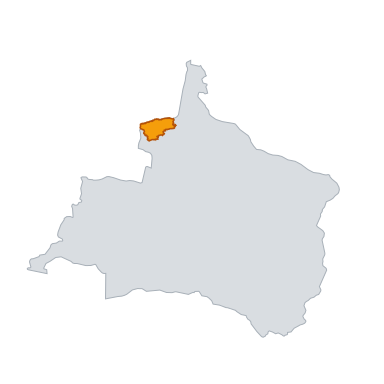 Kasongo-Lunda, Bandundu, Democratic Republic of the Congo (highlighted), rotated 101°
{"feature_id": "63176286B94968684087840", "entity_name": "Kasongo-Lunda", "entity_type": "district", "adm_level": 2, "iso_a3": "COD", "parent_name": "Democratic Republic of the Congo", "parent_adm1": "Bandundu", "projection": "natural_earth1", "projection_center": [17.609, -7.011], "detail": "fine", "context": "in_parent", "style": "filled", "palette": "amber", "viewbox_px": 384, "rotation_deg": 101, "n_neighbors": 0, "source": "geoboundaries", "source_scale": "gbopen_adm2", "svg_char_len": 8359}
<svg xmlns="http://www.w3.org/2000/svg" viewBox="0 0 384 384"><g transform="rotate(101 192 192)"><path d="M313.4,256.5L288.3,261.1L288.8,262.8L288.6,264.5L287.9,265.8L285.3,269.4L281.5,272.7L281.5,273.5L283.4,277.2L284.5,282.2L284.1,291.1L284.6,293.5L284.5,295.4L283.2,297.4L280.6,308.1L282.3,313.3L287.1,318.1L290.0,321.7L294.9,323.0L295.6,322.8L296.0,319.8L299.8,318.7L299.6,337.7L299.3,338.8L298.6,339.1L297.7,338.4L297.4,336.6L296.4,335.8L291.6,338.2L290.4,338.1L289.1,337.7L288.2,336.8L287.9,335.3L284.6,329.8L283.0,329.4L281.2,324.4L273.8,320.7L270.9,320.4L269.4,319.3L268.0,315.4L265.5,312.8L265.0,310.0L264.5,309.6L263.0,310.2L261.6,314.6L259.9,315.7L256.9,315.8L249.2,314.5L243.7,312.2L242.3,312.4L240.1,310.3L239.3,306.9L239.8,304.3L239.4,303.9L231.0,306.1L229.0,307.4L227.1,307.1L226.5,306.4L227.3,304.5L226.9,302.6L226.3,301.7L223.9,301.0L223.1,298.8L221.6,298.5L221.1,298.8L220.7,300.3L219.8,300.8L214.8,300.1L209.6,301.9L202.6,301.4L199.3,303.7L198.8,303.6L198.1,302.5L197.5,298.9L197.8,297.9L198.9,297.2L199.3,295.7L198.9,292.0L199.2,291.1L198.8,288.9L197.8,285.5L196.4,282.7L193.2,278.5L192.7,276.5L192.9,271.8L193.9,264.4L193.8,258.8L192.6,255.3L192.3,251.4L193.1,244.4L192.3,242.8L176.5,242.2L175.8,241.7L175.5,240.7L176.3,236.6L166.6,237.6L163.7,238.4L161.9,240.1L161.3,242.2L161.2,245.2L159.8,248.1L159.4,253.0L156.7,253.5L154.0,253.5L148.9,252.5L143.8,253.9L141.4,255.2L140.1,254.6L135.6,255.0L135.0,254.7L129.8,245.1L127.5,241.9L127.1,240.3L127.3,238.8L126.7,236.8L124.3,231.8L123.8,229.5L123.9,225.9L123.7,224.7L121.5,221.6L120.1,220.6L118.5,220.0L92.6,220.5L84.0,219.9L77.8,220.3L74.6,220.0L73.7,219.6L70.9,220.2L69.4,221.5L67.1,222.2L65.7,221.9L63.0,218.4L66.7,217.7L67.0,217.4L67.2,208.8L66.2,207.6L68.2,206.1L71.3,202.4L74.4,201.0L74.8,200.2L75.5,200.3L76.6,201.9L79.3,203.9L82.6,202.1L82.9,201.6L83.3,197.9L84.2,197.6L85.6,198.4L86.4,198.4L87.8,197.4L92.0,195.5L93.2,197.9L92.1,200.0L92.6,201.5L92.7,203.8L93.4,204.4L96.7,204.6L97.7,204.1L104.3,195.6L106.0,194.7L108.8,191.3L112.5,189.8L114.1,187.2L116.2,182.4L117.1,175.6L116.8,163.9L117.1,162.3L121.5,157.0L126.1,147.4L129.2,144.8L131.5,143.8L135.1,140.3L137.9,136.8L137.5,132.5L138.2,129.0L139.8,124.5L140.3,119.7L139.7,114.7L140.0,110.6L142.1,104.1L142.2,96.6L144.1,90.3L147.9,82.4L149.7,76.4L149.3,70.5L149.8,66.2L149.7,63.7L148.9,61.5L149.3,60.1L150.7,59.5L152.5,57.3L155.7,51.5L159.2,48.7L161.6,47.8L164.1,47.9L165.7,48.4L168.3,50.7L171.4,52.5L173.6,54.8L175.9,58.3L181.3,59.0L183.6,60.3L185.0,60.8L185.5,60.4L186.6,60.6L189.1,61.7L191.1,61.1L201.1,63.4L202.2,62.2L205.0,56.2L207.1,54.2L210.5,54.0L213.1,55.1L214.5,55.1L226.7,49.9L228.3,49.7L232.8,50.9L235.6,50.1L236.8,50.3L239.3,49.5L241.3,45.8L243.0,44.9L260.6,48.9L263.3,46.9L264.5,46.7L268.4,48.1L269.6,50.3L272.0,52.2L273.7,55.4L276.3,57.2L277.6,58.8L279.1,60.0L282.3,60.4L286.4,57.6L289.2,57.9L292.1,59.4L293.1,59.4L295.3,57.7L296.4,55.9L297.5,55.5L299.2,56.3L300.6,58.0L301.8,60.4L306.3,65.8L310.5,68.1L311.6,71.4L313.1,71.1L313.9,71.4L315.0,73.5L315.8,73.9L315.9,74.8L314.9,76.7L313.9,80.5L315.2,82.8L314.1,86.2L313.6,89.7L314.9,90.6L316.7,90.5L318.4,92.3L319.6,92.6L321.0,94.5L320.7,96.1L316.5,101.8L310.2,108.8L308.1,109.6L307.0,110.9L306.2,112.9L304.4,114.6L303.0,115.3L302.9,120.3L300.7,125.6L299.9,126.6L298.8,135.1L299.0,136.5L297.8,143.5L298.0,149.9L295.0,151.9L292.9,155.1L291.9,157.3L292.0,162.5L288.5,165.8L288.2,166.5L289.1,170.2L290.4,170.8L290.4,172.0L293.2,176.0L293.0,188.2L293.1,189.4L294.6,192.3L295.5,197.9L294.4,204.9L298.2,217.8L296.4,222.5L297.2,227.1L299.5,231.8L304.8,236.5L306.2,238.4L307.6,241.0L308.8,245.0L313.4,256.5Z" fill="#d9dde1" stroke="#a8b0b8" stroke-width="1"/><path d="M132.5,221.4L132.3,221.4L131.7,221.7L131.4,221.6L130.9,221.0L130.2,221.0L129.7,220.5L129.5,220.8L129.2,221.0L129.4,221.2L129.5,221.4L129.4,221.5L129.5,221.5L129.9,221.7L129.8,222.0L130.0,222.1L129.8,222.4L130.1,222.4L130.2,222.5L130.3,222.7L130.3,222.8L130.1,223.0L129.8,223.4L129.4,223.7L129.3,223.8L128.8,223.8L128.0,223.4L127.7,223.3L127.4,223.6L126.9,223.7L126.7,224.1L125.7,223.9L125.2,223.5L124.8,223.5L124.4,223.5L124.2,223.8L124.0,224.0L123.7,224.1L123.5,224.3L124.0,224.8L124.0,225.0L124.0,225.5L123.8,225.8L123.9,226.2L123.8,226.7L123.9,226.9L123.9,227.3L124.0,227.5L123.9,227.8L123.6,227.7L123.5,227.9L123.7,228.1L123.6,228.3L123.6,228.5L123.9,228.5L124.0,228.6L124.1,228.8L124.0,229.0L123.9,229.0L123.9,229.3L124.1,229.4L124.2,229.7L124.0,229.9L124.2,230.1L124.5,230.4L124.5,230.6L124.4,230.9L124.4,231.1L124.5,231.3L124.7,231.5L124.7,232.0L124.8,232.3L124.9,232.5L124.9,232.8L125.1,233.2L125.3,233.3L125.4,233.9L125.5,234.2L125.7,234.5L126.0,234.8L126.1,235.3L126.1,235.5L126.3,235.6L126.5,235.5L126.8,235.7L126.9,235.9L127.0,236.1L126.9,236.5L127.0,236.7L126.9,237.2L126.9,237.3L127.1,237.5L127.3,237.5L127.4,237.8L127.5,238.2L127.4,238.5L127.4,238.9L127.3,239.1L127.1,239.0L127.0,238.8L126.9,238.8L126.8,239.1L126.9,239.6L127.1,239.8L127.1,240.2L127.3,240.4L127.4,240.5L127.1,240.8L127.1,241.0L127.6,241.4L127.8,241.9L127.8,242.4L127.8,242.5L128.0,242.5L128.3,242.9L128.6,243.0L128.8,243.2L128.9,243.3L129.1,243.2L129.3,243.4L129.3,243.6L129.2,243.7L129.3,244.0L129.2,244.4L129.5,244.5L129.6,244.4L129.6,244.2L129.9,244.5L130.2,244.5L130.3,244.6L130.3,244.8L130.1,244.9L129.9,244.9L129.8,245.1L129.9,245.3L130.0,245.4L130.3,245.5L130.5,245.7L130.5,245.9L130.4,246.2L130.7,246.6L130.7,246.9L130.9,247.0L131.0,247.2L131.1,247.3L131.3,247.3L131.5,247.5L131.8,247.6L131.9,247.8L131.8,248.1L131.8,248.5L131.7,248.6L131.9,248.8L132.0,248.8L132.1,249.0L132.2,249.4L132.1,249.6L132.4,250.0L133.0,250.2L133.0,250.4L133.0,250.6L133.3,250.7L133.3,250.8L133.2,250.9L133.2,251.0L133.5,251.0L133.5,251.3L133.5,251.5L133.8,251.5L133.7,252.1L133.7,252.4L133.9,252.6L134.1,252.6L134.1,252.9L134.3,252.7L134.4,252.8L134.3,253.5L134.6,253.7L134.9,254.2L134.9,254.3L134.8,254.2L134.7,254.2L134.7,254.4L134.6,254.6L134.6,254.8L134.9,254.9L134.9,255.1L135.3,255.5L136.0,255.5L137.0,255.1L137.5,255.0L138.0,255.1L138.3,255.3L138.5,255.2L138.9,254.9L139.7,254.7L139.7,253.7L139.8,253.3L139.9,253.0L140.2,252.7L140.1,252.3L140.2,251.9L140.1,251.7L140.3,251.4L140.4,251.0L141.1,250.5L141.8,250.2L141.9,250.3L142.0,250.3L142.6,250.6L143.1,250.5L143.3,250.6L143.7,250.5L143.8,250.3L143.8,250.2L143.9,249.9L144.0,250.0L144.1,249.8L144.0,249.7L144.2,249.4L144.3,249.4L144.5,249.4L144.6,249.2L144.9,248.8L145.1,248.8L145.4,248.8L145.5,248.5L145.4,248.3L145.5,247.9L145.4,247.8L145.5,247.8L145.5,247.7L145.7,247.0L145.6,246.7L145.9,246.5L145.9,246.1L146.1,245.9L146.3,245.8L146.5,246.0L146.8,246.1L147.0,246.2L147.3,246.0L147.6,246.0L147.8,245.9L148.2,245.3L148.6,245.6L149.0,245.8L149.2,245.6L149.8,244.5L149.9,244.3L149.9,244.0L150.0,243.7L149.8,243.4L149.6,243.4L149.4,243.4L149.4,243.2L149.2,242.8L149.2,242.7L149.0,242.3L148.9,242.2L148.6,241.9L148.5,241.6L148.3,241.5L148.1,241.1L148.1,240.8L148.1,240.7L147.9,240.3L147.9,240.1L147.9,239.8L147.8,239.6L147.8,239.4L148.0,239.2L147.8,238.9L147.8,239.0L147.8,238.9L147.6,238.7L147.7,238.4L147.6,238.2L147.3,238.1L147.2,237.8L147.3,237.7L147.2,237.7L146.9,237.4L147.0,237.1L146.9,236.9L146.9,236.7L146.8,236.3L146.8,236.2L146.6,236.1L146.6,235.9L146.6,235.7L146.4,235.8L146.2,235.4L146.2,235.6L146.0,235.9L145.8,236.0L145.4,235.8L145.2,235.6L144.9,235.6L144.8,235.9L144.8,236.0L144.7,236.0L144.5,235.7L144.0,235.6L143.9,235.7L144.0,236.2L144.0,236.3L144.3,236.8L144.4,237.4L144.4,237.5L143.8,236.2L143.6,236.0L143.0,235.7L143.0,235.4L142.7,235.2L142.7,234.7L142.5,234.3L142.2,234.2L142.1,233.8L141.9,233.5L141.8,232.7L141.9,232.3L142.1,232.1L142.2,231.8L142.0,231.7L141.6,232.1L141.4,231.7L141.3,231.2L141.2,231.1L140.9,231.2L140.9,230.9L140.9,230.7L140.3,230.4L140.1,230.8L139.8,230.8L139.7,230.7L139.6,230.9L139.4,231.1L139.2,231.3L138.5,231.9L138.3,231.9L137.9,231.6L137.4,230.9L137.0,230.6L136.9,230.6L136.7,230.7L136.7,230.4L137.0,230.3L137.2,230.2L137.1,229.9L137.0,229.7L136.8,229.7L136.1,230.1L135.9,230.1L135.6,229.9L135.4,229.1L135.5,228.6L135.3,228.4L135.4,228.2L135.2,228.1L135.2,227.9L135.1,227.6L135.0,227.4L134.9,227.2L134.8,226.8L134.7,226.8L134.6,226.7L134.4,226.5L134.4,226.2L134.2,226.1L134.1,225.8L134.0,225.7L133.9,225.3L133.9,225.0L133.9,224.8L133.7,224.6L133.7,224.2L133.7,223.8L133.6,223.7L133.4,223.5L133.4,222.9L133.2,222.4L133.1,222.5L133.0,222.4L133.0,222.1L132.6,221.5L132.5,221.4Z" fill="#f59e0b" stroke="#b45309" stroke-width="1.5"/></g></svg>